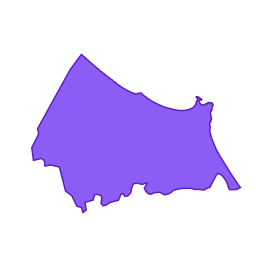 La Paloma, Rocha, Uruguay (Robinson projection), rotated 259°
{"feature_id": "84410073B66166810311387", "entity_name": "La Paloma", "entity_type": "district", "adm_level": 2, "iso_a3": "URY", "parent_name": "Uruguay", "parent_adm1": "Rocha", "projection": "robinson", "projection_center": [-54.156, -34.573], "detail": "fine", "context": "isolated", "style": "filled", "palette": "violet", "viewbox_px": 256, "rotation_deg": 259, "n_neighbors": 0, "source": "geoboundaries", "source_scale": "gbopen_adm2", "svg_char_len": 4512}
<svg xmlns="http://www.w3.org/2000/svg" viewBox="0 0 256 256"><g transform="rotate(259 128 128)"><path d="M48.1,227.0L49.2,226.3L54.0,224.3L63.6,220.2L80.3,213.9L82.7,212.8L84.2,212.5L87.4,211.4L89.8,210.6L99.3,208.6L100.4,208.3L101.1,208.2L101.7,208.1L102.2,208.0L102.8,208.1L103.4,208.1L104.4,207.9L105.0,207.9L105.7,207.8L106.7,207.8L107.9,207.8L108.8,207.7L109.7,207.8L110.6,208.0L111.5,208.1L112.0,208.5L112.6,208.9L112.9,208.9L113.4,208.9L114.1,208.9L114.6,208.9L115.2,208.9L115.8,208.9L116.5,208.9L117.2,209.1L117.7,209.3L118.2,209.6L118.1,210.0L118.2,210.4L118.5,210.6L119.1,210.7L119.6,210.7L120.0,210.8L120.2,211.0L120.4,211.3L120.6,211.6L121.0,211.7L121.3,211.8L121.6,211.7L121.9,211.5L122.3,211.5L123.5,211.8L123.9,211.7L124.2,211.8L124.6,211.7L125.1,211.7L125.7,211.7L126.3,211.7L126.9,211.8L127.4,212.0L128.1,212.1L128.4,212.4L128.7,212.5L128.7,212.9L129.0,213.3L129.5,213.5L129.9,213.8L130.4,214.1L130.8,214.2L131.3,214.3L131.9,214.4L132.4,214.4L132.8,214.6L133.1,214.9L133.4,215.2L133.6,215.4L133.7,215.7L133.9,216.0L134.5,215.7L135.2,215.7L135.4,215.6L135.7,215.3L135.9,215.5L136.3,215.5L136.4,215.2L136.6,214.8L136.4,214.6L136.3,214.3L136.5,214.1L136.8,214.0L137.1,213.7L137.3,213.5L137.4,213.2L137.4,212.9L137.4,212.5L137.6,212.1L137.8,211.7L137.7,211.3L137.5,211.2L137.4,211.1L137.1,211.1L136.9,211.1L136.7,210.9L136.6,210.6L136.6,210.4L136.6,210.2L136.7,209.8L136.8,209.7L137.0,209.5L137.1,209.2L136.8,208.8L136.4,208.1L136.2,207.4L136.2,206.5L136.4,205.6L136.9,204.7L137.4,204.1L137.9,203.7L138.5,203.4L139.2,203.1L139.9,203.0L140.6,203.0L141.0,203.0L141.3,203.2L141.4,203.3L141.6,203.5L141.7,203.8L141.7,204.0L141.6,204.5L141.4,205.1L141.4,205.4L141.6,205.6L141.8,205.6L142.0,205.7L142.2,205.8L142.6,205.4L143.0,204.9L143.2,204.3L143.6,204.1L143.7,203.9L144.0,203.7L144.3,203.5L144.6,203.3L144.4,203.2L144.5,203.0L144.6,202.9L144.8,202.8L144.9,202.7L145.1,202.5L145.2,202.4L145.3,202.3L145.4,202.1L145.5,201.9L145.5,201.7L145.6,201.3L145.7,201.2L145.4,200.8L145.2,200.8L145.1,201.0L144.7,201.2L144.4,201.2L144.4,201.4L144.4,201.6L144.1,202.0L143.9,202.3L143.7,202.3L143.3,202.2L142.8,202.0L142.4,201.8L141.5,200.5L141.2,200.4L140.7,200.1L138.6,199.2L138.4,199.0L137.5,198.3L136.7,197.4L136.1,196.6L135.5,195.4L135.1,194.3L135.0,193.9L134.7,192.4L134.5,191.2L134.4,189.4L134.4,188.5L134.4,187.8L134.6,186.1L134.9,183.7L135.5,181.5L136.0,179.9L136.6,178.4L137.8,175.6L138.2,174.7L139.0,173.0L140.2,170.3L142.0,167.1L142.7,166.1L143.3,165.1L144.0,164.1L144.5,163.4L145.1,162.4L146.0,161.3L147.4,159.5L147.5,159.3L147.9,159.0L148.1,158.7L148.8,157.6L149.4,157.1L151.3,155.0L153.3,152.8L153.7,152.6L154.0,152.3L154.9,151.6L155.2,151.3L156.1,150.4L156.5,150.1L157.0,149.4L157.3,149.3L157.7,148.8L158.0,148.6L159.1,148.1L159.9,147.6L160.0,147.0L159.9,146.7L159.9,146.3L159.8,146.1L159.8,145.8L159.8,145.6L160.0,145.4L159.9,144.8L160.2,144.1L159.9,143.6L159.8,143.3L159.8,143.1L159.8,142.9L159.8,142.6L159.9,141.9L160.4,141.2L160.6,140.9L160.7,140.7L162.4,137.7L163.0,137.1L163.4,136.5L164.1,135.7L164.2,135.3L164.6,135.0L164.9,134.5L165.3,134.1L165.6,133.5L166.6,132.6L168.2,130.6L168.9,130.1L169.6,129.2L169.9,128.9L170.1,128.6L170.6,128.4L170.7,128.0L173.2,125.9L173.9,125.1L174.4,124.9L175.0,124.3L175.6,123.9L176.3,123.1L176.7,122.7L177.2,122.3L178.1,121.8L178.8,120.8L179.2,120.5L179.6,120.0L180.4,119.6L180.9,118.9L182.9,117.4L183.8,116.3L185.4,115.2L186.6,113.9L187.3,113.5L187.7,113.2L188.2,112.7L188.7,112.1L189.1,111.9L189.5,111.7L189.8,111.1L191.7,109.9L192.1,109.5L192.8,108.9L194.1,108.0L194.6,107.5L195.7,106.7L196.0,106.3L196.5,106.0L197.4,105.3L198.1,104.7L199.1,104.0L199.4,103.6L199.8,103.5L200.4,102.8L201.8,102.0L203.0,101.0L204.0,100.2L204.5,99.8L205.2,99.5L205.9,98.9L207.3,97.6L208.4,96.9L208.7,96.7L208.9,96.6L209.1,96.3L196.4,82.4L144.7,39.2L139.3,39.2L127.0,29.8L114.3,29.0L114.6,37.4L112.0,39.6L106.5,39.2L106.5,45.2L102.7,53.2L77.9,54.7L72.5,59.8L68.3,61.0L60.9,62.9L59.0,67.1L53.7,67.6L55.4,71.4L63.2,71.5L63.8,79.8L68.7,82.4L68.9,85.0L66.6,88.8L63.8,88.8L59.4,87.2L56.6,88.5L56.4,91.6L58.4,96.1L58.9,104.9L64.3,108.3L64.5,110.6L61.4,112.0L61.5,114.9L63.7,118.2L68.2,120.0L71.9,122.3L72.4,125.8L70.6,129.7L69.9,131.0L70.6,136.1L69.3,135.8L65.9,132.6L62.5,133.4L59.5,135.5L58.6,137.6L59.5,141.7L58.8,147.2L55.4,151.1L55.8,156.5L58.3,161.2L58.5,169.1L56.8,178.2L54.9,181.9L54.3,185.6L52.6,191.0L53.7,193.8L54.2,197.1L64.8,205.6L66.3,207.5L64.0,210.9L59.3,213.5L55.8,214.6L48.2,215.7L46.9,222.4L48.1,227.0Z" fill="#8b5cf6" stroke="#5b21b6" stroke-width="1.5"/></g></svg>